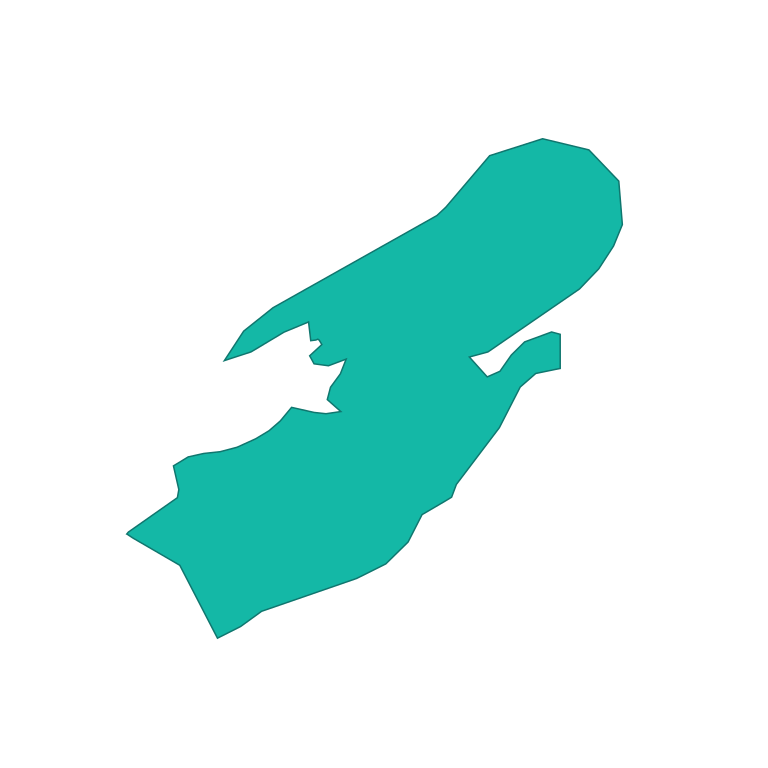 an SVG outline of Zanzibar South and Central, rotated 247°
{"feature_id": "TZA-3337", "entity_name": "Zanzibar South and Central", "entity_type": "Region", "adm_level": 1, "iso_a3": "TZA", "parent_name": "United Republic of Tanzania", "parent_adm1": "", "projection": "robinson", "projection_center": [39.422, -6.232], "detail": "fine", "context": "isolated", "style": "filled", "palette": "teal", "viewbox_px": 768, "rotation_deg": 247, "n_neighbors": 0, "source": "natural_earth", "source_scale": "10m", "svg_char_len": 1006}
<svg xmlns="http://www.w3.org/2000/svg" viewBox="0 0 768 768"><g transform="rotate(247 384 384)"><path d="M346.4,88.6L347.6,90.9L360.1,149.4L367.0,153.9L390.9,158.2L393.4,175.3L390.5,190.9L385.7,206.7L383.2,224.0L383.7,244.4L385.9,259.9L390.5,274.1L398.6,289.8L385.1,308.6L379.3,319.0L375.5,333.5L391.8,325.7L401.9,333.5L410.4,347.8L421.7,358.9L422.5,340.0L429.9,327.5L439.0,326.6L444.6,342.2L449.7,341.5L451.1,340.6L451.1,338.5L452.5,333.5L470.6,338.8L470.8,312.2L465.5,274.2L467.9,246.2L487.5,275.5L497.6,311.7L518.4,498.5L522.6,510.0L552.9,570.5L547.8,625.8L519.4,664.1L479.0,679.4L437.6,665.7L421.3,649.2L406.1,626.7L395.1,601.1L372.9,492.2L375.5,473.1L350.2,481.8L350.4,495.7L360.9,512.5L367.8,529.9L366.4,558.6L360.9,565.6L329.5,552.3L334.4,527.8L328.0,508.2L298.7,473.1L263.3,411.4L253.4,402.0L252.3,394.4L248.9,368.0L229.1,344.4L217.7,315.4L215.7,282.8L222.6,182.5L216.8,157.3L215.1,131.4L296.9,125.2L340.0,92.9L346.3,88.7L346.4,88.6Z" fill="#14b8a6" stroke="#0f766e" stroke-width="1.5"/></g></svg>